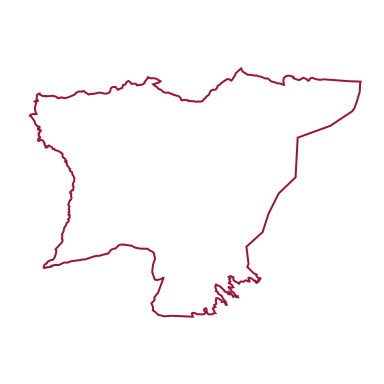 Kwahu Afram Plains South, Eastern, Ghana (Equal Earth projection), rotated 272°
{"feature_id": "2480657B87039075961323", "entity_name": "Kwahu Afram Plains South", "entity_type": "district", "adm_level": 2, "iso_a3": "GHA", "parent_name": "Ghana", "parent_adm1": "Eastern", "projection": "equal_earth", "projection_center": [-0.455, 6.878], "detail": "fine", "context": "isolated", "style": "outline", "palette": "rose", "viewbox_px": 384, "rotation_deg": 272, "n_neighbors": 0, "source": "geoboundaries", "source_scale": "gbopen_adm2", "svg_char_len": 5889}
<svg xmlns="http://www.w3.org/2000/svg" viewBox="0 0 384 384"><g transform="rotate(272 192 192)"><path d="M256.0,32.5L254.2,33.3L253.6,34.2L252.4,34.9L252.2,36.6L251.7,37.4L250.5,37.4L249.9,36.4L250.0,35.9L249.1,35.9L248.2,38.7L247.3,38.5L245.5,36.7L244.5,37.2L243.7,36.7L242.9,36.8L241.3,38.4L239.8,36.6L238.3,36.2L237.6,37.1L238.9,39.0L238.0,41.4L235.2,43.0L233.8,43.0L233.0,44.3L231.6,44.0L231.3,44.3L231.6,46.0L232.9,46.5L233.5,47.3L231.7,50.6L230.1,51.3L230.3,52.9L229.1,53.7L228.4,56.6L227.5,58.6L225.7,61.1L225.3,61.4L223.3,61.3L222.2,61.7L220.7,64.2L218.9,64.3L218.8,65.5L218.3,65.5L217.6,64.4L216.4,66.0L214.6,65.9L213.1,67.5L210.6,68.9L210.6,69.4L209.5,69.2L208.4,69.8L207.8,71.3L204.6,72.2L204.1,72.9L201.6,73.9L198.6,73.9L197.1,73.0L194.3,72.6L193.1,73.5L189.7,73.1L189.2,71.4L188.1,71.2L187.6,70.3L186.5,70.4L186.1,71.2L185.4,71.5L184.3,71.2L182.0,71.8L180.1,71.3L179.2,70.1L174.8,68.8L173.2,70.0L170.6,69.4L169.7,70.1L168.5,70.0L167.8,69.4L167.6,69.8L165.9,70.1L165.3,69.6L164.7,70.3L164.4,69.8L163.5,70.6L162.6,70.5L161.3,70.2L160.5,69.2L159.2,69.9L158.0,69.5L156.6,67.7L154.6,67.4L151.8,65.6L147.5,64.8L145.4,63.6L142.3,64.0L140.6,63.6L139.7,64.3L138.3,64.3L137.1,63.7L130.4,57.9L129.8,57.6L129.0,58.4L126.9,58.4L122.6,57.3L120.7,56.4L119.6,55.5L118.6,52.5L117.1,50.0L115.8,49.5L114.2,47.2L111.3,46.4L111.0,47.8L111.7,49.9L112.2,53.2L113.3,53.8L112.8,54.4L114.2,56.7L114.4,61.5L117.0,66.6L117.2,70.7L118.0,72.0L118.8,74.5L120.1,83.0L120.8,85.1L120.8,87.4L123.9,95.4L124.9,99.1L125.0,102.1L125.6,103.0L127.5,110.0L128.4,111.3L129.7,111.8L131.5,113.3L132.6,115.9L132.9,117.5L136.2,120.7L137.0,122.7L136.8,124.4L137.3,125.7L136.7,127.2L136.7,129.9L136.3,131.5L136.4,132.9L134.4,137.3L133.6,142.4L133.7,149.6L131.9,152.3L130.8,154.8L129.5,156.0L123.9,157.4L118.0,155.6L110.7,155.0L103.2,157.8L102.8,160.5L103.4,162.1L103.7,163.9L104.5,165.5L105.2,165.7L105.1,166.5L90.1,161.6L85.5,158.1L84.4,158.0L83.5,158.5L82.4,158.1L79.4,155.3L75.2,157.2L72.4,157.0L71.0,159.3L68.2,162.3L66.8,168.6L67.6,176.2L67.4,197.3L70.6,196.1L71.3,197.1L71.0,199.3L70.0,201.7L70.1,207.4L71.1,209.4L72.4,209.8L74.1,208.1L75.8,208.6L76.3,209.7L76.0,210.4L75.2,210.7L73.3,210.8L71.1,211.7L70.3,213.1L70.3,215.1L70.5,216.3L71.5,218.1L71.7,219.5L72.4,218.8L74.1,218.3L75.8,216.9L76.8,217.2L77.9,219.4L79.6,218.0L81.0,220.2L84.2,219.6L86.8,220.0L86.7,221.5L84.8,225.0L84.0,225.7L83.2,225.6L83.5,226.5L83.0,228.2L81.2,229.5L80.6,229.5L80.3,230.6L80.6,230.7L82.4,229.6L83.1,229.7L86.5,226.7L89.1,225.4L91.2,221.9L92.8,221.2L93.9,219.3L94.9,219.8L97.5,218.7L98.4,218.7L99.3,219.3L99.8,218.9L100.4,219.2L100.4,219.6L99.5,220.6L98.9,223.0L94.8,227.7L93.8,228.0L93.7,229.2L93.0,229.6L93.1,230.7L92.7,231.4L91.7,231.4L91.2,231.9L91.0,233.2L93.1,232.9L90.4,235.9L88.6,236.8L89.4,237.9L89.2,238.9L88.4,240.2L88.4,241.3L88.9,240.8L89.4,241.2L89.6,240.1L90.5,238.4L91.1,238.6L92.9,237.2L93.9,235.1L95.2,234.7L98.0,231.9L98.3,232.0L98.4,232.8L97.6,233.8L98.2,236.6L100.3,235.3L102.3,232.0L102.7,232.0L103.6,233.5L105.8,232.2L106.8,233.1L108.3,231.6L109.0,232.6L109.3,233.8L108.3,235.2L108.3,236.3L107.5,236.6L106.0,236.3L105.0,236.8L103.5,239.4L102.8,241.3L102.0,242.1L104.1,243.6L104.3,244.4L104.1,246.8L105.5,248.2L105.5,249.4L104.5,251.6L104.7,252.7L107.8,251.3L108.3,251.5L107.9,254.2L105.0,257.9L105.6,258.3L105.3,259.0L105.6,259.1L103.6,259.3L103.4,259.7L104.0,260.9L106.1,261.3L105.6,262.0L105.7,262.4L107.0,262.1L107.7,263.4L108.3,263.3L108.3,261.5L108.8,260.7L110.8,259.1L111.7,259.5L112.9,256.6L119.0,249.9L122.1,251.0L139.2,248.3L154.3,263.9L173.1,269.3L193.6,278.7L210.3,295.0L250.0,295.7L263.0,328.0L278.3,349.3L280.8,351.1L286.7,353.2L298.3,356.2L305.9,356.2L308.2,356.7L308.2,345.2L309.2,319.8L308.7,316.8L308.7,313.9L309.8,309.4L310.4,308.6L310.3,307.7L309.6,306.4L309.0,305.7L307.5,305.2L307.4,303.6L308.8,302.7L309.9,299.7L309.9,298.6L308.9,297.7L308.7,296.7L307.6,295.5L308.5,291.2L309.6,289.1L310.3,289.5L311.3,287.3L311.6,284.0L310.9,281.7L309.0,279.7L305.9,279.5L302.3,280.1L303.5,276.5L303.7,272.7L304.3,271.8L305.3,267.4L308.0,263.8L308.2,262.9L307.9,261.6L309.6,257.0L310.1,253.8L310.8,252.6L310.5,250.8L311.0,247.8L311.2,243.5L314.1,238.5L317.2,236.7L312.4,231.8L309.6,230.6L305.3,228.0L304.7,227.3L305.9,225.4L306.0,223.1L301.9,217.5L300.2,215.9L299.0,213.9L297.4,213.6L295.6,212.5L294.8,210.8L295.1,209.7L293.7,207.0L289.8,205.5L287.6,202.7L286.2,202.2L285.8,201.2L285.0,200.4L284.0,200.2L283.7,199.4L283.0,198.9L282.7,197.8L282.6,195.8L282.8,195.3L282.3,193.4L282.8,190.2L282.6,188.9L282.9,187.9L282.8,186.1L283.3,185.2L283.0,184.9L283.6,184.0L283.8,182.7L283.7,180.4L283.2,179.0L284.0,177.6L285.6,177.4L287.5,175.0L287.7,173.1L288.3,171.7L288.1,171.2L288.7,169.7L289.4,168.7L289.5,167.2L290.2,166.2L290.5,164.8L290.3,162.7L290.9,159.8L292.4,158.2L293.1,157.3L294.0,154.8L295.7,153.3L297.2,150.6L298.3,149.4L300.3,155.3L301.6,156.7L304.1,152.0L304.4,148.5L304.1,147.0L305.1,144.1L304.3,144.1L303.3,142.7L302.1,142.3L300.3,140.7L299.2,140.8L297.7,138.9L296.7,133.2L297.8,132.6L298.3,131.2L298.0,127.6L299.9,126.2L300.7,124.5L299.7,122.9L297.3,121.6L296.4,120.2L296.4,119.4L293.5,118.5L292.0,114.8L291.6,114.4L294.3,111.8L294.2,109.3L293.4,107.8L292.1,107.0L289.7,106.8L288.3,105.6L287.3,102.9L287.3,100.3L287.8,99.1L288.1,95.8L286.6,90.0L286.8,88.9L286.2,87.7L286.4,86.3L285.8,85.1L286.9,83.7L287.6,82.0L289.0,80.8L289.2,79.8L288.7,78.7L288.4,78.7L288.5,75.3L287.7,74.1L287.3,72.7L286.0,72.2L284.5,69.8L282.2,64.7L281.3,61.5L281.9,58.9L281.9,57.7L281.2,55.9L281.3,54.1L281.9,53.9L282.8,52.2L283.0,50.2L283.4,49.6L282.9,46.7L282.7,44.2L282.9,43.3L282.4,42.6L282.9,41.5L282.6,39.9L284.1,36.4L285.1,36.3L284.9,35.5L283.7,33.7L283.0,33.6L281.1,33.7L279.6,33.3L278.1,34.7L277.4,34.7L277.2,33.6L277.4,32.3L277.0,31.7L276.0,33.1L269.9,32.0L266.6,32.8L264.5,33.8L264.3,30.1L263.7,28.7L263.8,28.2L262.5,27.3L262.0,28.5L256.8,32.5L256.0,32.5Z" fill="none" stroke="#9f1239" stroke-width="2"/></g></svg>